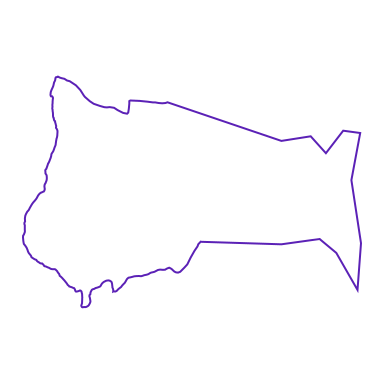 the district of Barre St Joseph, Anse-la-Raye, Saint Lucia
{"feature_id": "8701671B21993534180379", "entity_name": "Barre St Joseph", "entity_type": "district", "adm_level": 2, "iso_a3": "LCA", "parent_name": "Saint Lucia", "parent_adm1": "Anse-la-Raye", "projection": "equal_earth", "projection_center": [-61.026, 13.973], "detail": "fine", "context": "isolated", "style": "outline", "palette": "violet", "viewbox_px": 384, "rotation_deg": 0, "n_neighbors": 0, "source": "geoboundaries", "source_scale": "gbopen_adm2", "svg_char_len": 5598}
<svg xmlns="http://www.w3.org/2000/svg" viewBox="0 0 384 384"><path d="M58.1,76.7L58.0,76.9L57.3,77.0L56.8,77.1L56.4,77.1L56.2,77.1L55.7,77.6L55.4,78.2L55.4,78.7L55.2,80.0L54.7,81.3L54.3,82.0L54.1,82.4L53.9,83.3L53.7,84.1L53.6,84.8L53.4,85.4L53.3,85.8L53.2,86.2L52.6,87.6L51.9,89.1L51.5,90.0L51.2,90.8L51.0,91.4L50.7,92.3L50.7,93.0L50.6,93.5L50.5,94.5L50.5,95.0L50.7,95.8L50.8,96.0L51.0,96.3L51.3,96.3L51.5,96.3L51.8,96.3L52.1,96.3L52.3,96.6L52.8,97.3L53.0,98.1L52.9,98.4L52.9,99.0L52.8,99.4L52.7,99.9L52.7,100.8L52.6,101.5L52.6,102.2L52.6,103.1L52.4,104.6L52.4,105.2L52.4,106.1L52.5,106.6L52.4,107.4L52.3,108.3L52.3,108.8L52.4,109.2L52.6,109.7L52.6,110.6L52.7,111.5L52.9,112.6L53.0,114.4L53.0,115.6L53.1,116.6L53.4,117.7L53.7,117.9L53.8,118.1L53.8,118.8L54.0,119.8L54.2,120.4L54.3,120.6L54.7,120.8L55.1,121.3L55.1,121.8L55.1,122.2L55.3,122.7L55.6,123.8L55.7,124.1L55.8,124.7L56.2,126.0L56.0,127.3L56.0,127.7L56.2,128.2L56.4,128.5L56.7,128.8L57.0,129.5L57.4,130.4L57.5,131.6L57.5,132.0L57.4,133.3L57.4,133.6L57.3,135.1L57.3,135.6L57.2,135.9L57.2,136.2L56.9,137.6L56.7,138.2L56.6,138.5L56.5,138.8L56.4,139.4L56.3,140.1L56.1,140.9L56.0,142.0L55.8,143.1L55.8,143.4L55.7,144.1L55.7,144.4L55.5,145.2L55.4,145.6L55.2,146.0L55.0,146.4L54.9,146.7L54.8,146.9L54.5,147.7L54.2,148.5L54.1,149.0L53.7,150.0L53.5,150.6L53.2,151.3L53.0,151.6L52.7,152.1L52.3,152.7L51.9,153.3L51.6,153.7L51.4,154.5L51.3,154.9L51.2,156.0L50.8,157.4L50.6,158.0L50.4,158.6L50.1,159.2L50.0,159.7L49.8,160.0L49.6,160.6L49.3,161.4L49.0,162.0L48.7,162.8L48.2,163.3L48.1,163.5L47.9,164.2L47.8,164.6L47.5,165.4L47.4,165.8L47.3,166.0L47.2,166.4L47.0,166.9L46.8,167.4L46.7,167.9L46.5,168.2L46.3,168.9L46.0,169.2L45.8,169.4L45.6,169.6L45.3,170.2L45.3,170.9L45.4,171.5L45.5,173.6L46.1,174.4L46.6,175.3L46.8,177.1L46.8,178.1L46.8,179.0L46.6,180.1L46.5,180.6L45.7,182.6L45.6,183.0L45.2,183.6L44.9,184.1L44.5,185.2L44.5,186.0L44.4,186.4L44.6,187.9L44.6,188.2L44.8,189.0L44.6,189.7L44.4,190.6L44.1,191.0L43.8,191.5L43.4,191.6L42.8,191.9L42.1,192.2L41.6,192.5L41.2,192.5L40.6,192.9L39.9,193.4L39.3,194.0L38.4,195.1L38.0,195.7L36.5,198.5L35.2,200.2L34.5,201.0L33.1,202.6L32.1,204.0L31.6,204.8L30.5,206.7L29.6,208.3L29.0,209.6L28.2,210.7L27.3,211.6L26.0,214.0L25.3,215.7L24.9,218.3L25.0,220.6L25.1,221.3L24.4,222.9L24.4,224.1L24.8,225.2L24.8,229.8L24.9,231.1L24.8,232.1L23.9,234.5L23.1,235.7L23.0,237.4L23.3,240.8L23.6,242.7L23.9,244.0L24.8,245.1L25.3,245.6L25.7,246.5L26.0,246.8L26.5,247.5L27.3,249.4L27.6,250.1L27.7,250.5L27.9,251.2L28.1,251.6L28.2,251.9L28.6,252.7L28.9,253.2L29.6,254.0L29.8,254.3L30.5,255.1L31.0,255.8L31.3,256.7L31.5,257.2L31.9,257.5L32.1,257.6L32.8,258.1L33.7,258.7L34.4,259.1L34.9,259.4L35.5,259.6L35.9,259.7L36.4,260.0L36.6,260.4L36.8,260.7L37.1,261.1L37.7,261.6L38.0,261.8L38.4,262.0L38.6,262.1L39.8,263.0L40.1,263.2L40.7,263.4L41.2,263.5L41.6,263.5L42.0,263.4L42.8,264.1L43.4,264.7L43.8,265.3L44.0,265.6L44.2,266.0L44.8,266.3L45.7,266.4L46.3,266.7L47.0,267.0L47.8,267.4L48.8,267.7L49.8,268.3L51.2,269.0L52.7,269.2L53.7,269.2L54.6,269.2L54.8,269.2L55.5,269.5L56.5,270.5L57.2,271.2L57.6,272.0L58.3,273.0L59.1,273.9L59.5,275.0L59.7,275.8L60.9,276.7L61.0,276.8L62.3,278.1L63.7,279.7L64.3,280.3L65.0,281.2L66.3,282.8L66.9,283.6L67.7,284.9L68.3,285.4L68.8,285.8L69.3,286.5L69.8,286.6L71.0,287.0L71.9,287.3L73.4,288.0L73.6,288.1L74.2,288.2L75.0,289.6L75.2,290.6L75.4,290.9L75.7,291.4L76.0,291.6L77.0,291.5L78.2,291.2L79.1,290.9L79.8,290.5L80.3,290.5L80.6,290.6L80.9,290.9L81.1,291.1L81.5,291.5L81.6,292.2L82.1,294.0L82.1,294.3L82.2,296.7L82.3,297.3L82.2,298.0L82.2,299.2L82.1,301.3L82.1,301.7L82.0,303.3L81.9,303.6L81.6,304.6L81.3,305.4L81.5,306.4L81.7,306.6L82.0,307.1L82.7,307.3L84.1,307.0L84.8,307.1L85.3,307.1L86.0,307.0L86.5,306.8L87.1,306.5L88.1,305.9L88.7,305.3L89.1,304.7L89.9,303.2L90.3,302.1L90.4,301.8L90.4,300.8L90.3,300.5L90.2,299.7L89.9,298.0L89.8,297.6L89.4,296.3L89.5,295.1L90.3,294.4L90.4,293.2L90.5,292.9L90.6,292.2L91.0,291.4L91.4,290.6L91.5,290.4L91.9,289.8L92.3,289.5L92.6,289.4L93.2,289.1L93.8,289.0L94.4,288.8L94.6,288.7L95.4,288.1L95.7,288.0L96.3,287.9L97.2,287.6L97.6,287.5L99.9,286.6L100.4,286.1L100.7,285.8L101.2,284.8L101.7,284.0L101.9,283.7L102.5,283.0L103.7,282.0L104.4,281.6L104.9,281.4L105.5,281.0L106.7,280.6L107.5,280.5L108.7,280.4L110.0,280.8L110.4,281.1L111.2,281.6L111.7,282.3L112.0,283.6L112.1,284.0L112.2,285.3L112.4,286.6L112.4,287.4L112.8,288.4L113.1,289.2L113.3,290.6L113.2,291.5L113.4,291.4L115.0,291.5L115.4,291.5L116.6,291.0L117.6,289.9L118.4,289.1L119.5,288.2L121.1,287.0L122.1,285.6L123.3,284.3L124.8,282.8L126.0,280.8L126.7,279.5L127.3,278.7L128.5,277.7L130.2,277.4L132.2,276.9L134.3,276.3L136.5,276.1L138.8,276.0L141.1,276.2L142.6,275.8L144.2,275.2L146.7,274.7L148.5,274.1L150.0,273.1L151.1,272.6L153.0,272.2L154.5,271.8L156.2,270.9L157.9,270.0L160.0,269.6L162.4,269.8L163.6,269.8L165.1,269.7L165.9,269.2L167.1,268.5L168.1,268.1L169.2,267.7L169.5,267.8L171.5,268.9L173.2,270.5L174.4,271.6L176.1,272.4L178.1,272.6L180.2,271.8L184.2,267.8L187.3,264.4L190.7,257.5L194.5,250.8L197.5,246.4L198.3,244.2L200.7,241.7L200.9,241.8L281.4,244.3L319.6,239.0L336.3,252.9L357.5,289.9L361.0,243.2L351.4,180.1L360.2,133.0L343.2,130.7L325.9,153.2L310.7,136.3L281.4,140.9L167.5,102.3L165.5,103.0L162.3,103.3L158.6,103.0L155.2,102.4L152.9,102.4L147.6,101.7L139.6,100.9L130.3,100.5L129.3,101.1L129.3,103.8L128.8,109.0L128.2,112.6L127.1,113.7L123.1,112.9L117.6,110.1L114.1,107.8L109.7,107.1L106.9,107.4L104.4,107.2L100.1,106.0L93.7,103.8L89.8,101.2L84.9,96.9L83.8,95.5L80.3,90.0L75.9,85.3L69.7,81.2L67.0,80.5L64.4,78.8L61.7,78.2L59.8,77.6L58.1,76.7Z" fill="none" stroke="#5b21b6" stroke-width="2"/></svg>